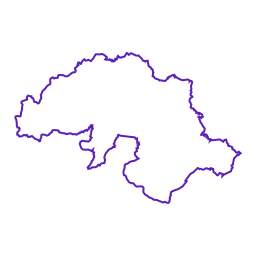 Trieu Son, Thanh Hóa, Vietnam (orthographic projection)
{"feature_id": "81297802B97142358911210", "entity_name": "Trieu Son", "entity_type": "district", "adm_level": 2, "iso_a3": "VNM", "parent_name": "Vietnam", "parent_adm1": "Thanh Hóa", "projection": "orthographic", "projection_center": [105.571, 19.802], "detail": "fine", "context": "isolated", "style": "outline", "palette": "violet", "viewbox_px": 256, "rotation_deg": 0, "n_neighbors": 0, "source": "geoboundaries", "source_scale": "gbopen_adm2", "svg_char_len": 5758}
<svg xmlns="http://www.w3.org/2000/svg" viewBox="0 0 256 256"><path d="M191.4,89.4L191.0,86.1L192.2,82.3L191.6,81.1L190.3,80.8L189.6,81.4L189.7,80.5L187.9,79.5L183.3,80.2L181.7,80.0L178.5,78.6L176.2,77.0L174.9,77.5L174.1,76.1L174.8,75.4L174.4,75.0L173.6,75.5L172.9,74.9L170.3,76.6L169.2,76.5L168.4,78.0L167.9,77.5L167.6,77.6L167.5,78.7L165.2,81.0L160.2,80.3L159.5,80.5L159.0,79.8L155.0,78.3L153.9,76.7L152.6,76.2L153.3,72.8L153.0,72.8L152.8,69.8L152.1,69.1L151.5,69.1L150.7,67.4L148.7,66.3L147.7,60.8L146.0,60.9L145.3,61.6L143.8,60.7L143.1,60.7L141.3,58.2L138.4,55.4L137.5,55.7L135.8,55.5L135.2,54.9L133.4,54.5L132.8,53.8L130.8,53.3L129.3,54.7L128.6,54.8L127.5,53.2L126.6,53.1L124.5,56.6L122.6,56.9L121.7,57.6L120.8,57.4L120.1,57.7L118.0,55.9L117.2,57.1L117.5,57.8L116.8,59.4L115.2,58.8L115.0,60.5L114.7,61.0L113.5,61.5L112.6,61.0L112.5,60.7L113.1,60.7L112.8,60.2L111.8,59.7L111.4,60.1L112.1,60.7L111.8,61.2L110.4,59.7L109.6,59.3L109.0,60.0L107.7,59.5L106.6,59.8L105.2,59.4L106.9,57.3L104.4,55.1L102.7,54.2L101.4,54.0L100.0,54.4L95.9,54.3L95.4,54.7L93.2,58.6L90.9,61.1L88.5,59.8L86.5,60.6L85.3,60.5L84.5,59.3L83.5,59.9L81.9,61.7L81.0,63.9L80.3,63.9L79.2,62.4L78.2,62.6L77.8,63.9L78.3,65.3L77.4,65.3L76.8,66.8L75.0,68.1L74.9,69.0L75.8,70.5L75.5,71.5L74.9,72.2L72.4,72.6L68.0,76.0L66.8,76.4L64.9,76.2L63.5,75.2L58.9,75.0L58.2,75.5L57.7,77.8L55.1,78.0L54.1,78.5L53.1,77.5L52.5,77.4L50.9,78.3L50.1,79.8L50.4,82.9L50.2,84.1L47.3,85.8L44.9,88.9L42.5,91.1L41.5,93.9L40.8,94.9L41.2,96.5L41.0,97.1L41.3,98.4L40.3,99.8L39.4,102.2L38.7,103.3L37.8,103.4L36.1,102.0L34.3,101.9L33.1,98.2L32.0,98.0L31.4,97.2L31.5,96.4L27.9,95.7L26.9,97.1L27.1,99.5L22.4,101.1L21.6,101.8L21.3,102.8L22.6,104.6L22.0,107.7L22.2,108.9L20.9,113.0L21.0,114.4L20.5,116.1L20.2,116.4L17.2,116.0L15.5,116.5L15.4,117.8L16.3,119.9L16.8,123.4L16.8,125.7L17.2,126.3L17.2,127.0L17.7,127.7L19.1,127.7L19.7,128.6L19.1,130.5L17.3,132.5L17.2,134.6L18.3,134.9L19.3,136.5L22.0,136.2L24.0,134.9L25.5,135.5L26.7,134.9L27.4,135.4L27.5,136.2L28.0,136.9L29.2,136.9L30.3,136.5L30.7,136.7L31.9,136.0L34.9,138.7L38.7,140.2L39.1,140.5L39.2,141.3L39.6,141.2L40.0,141.1L40.7,138.3L41.2,137.6L41.3,135.4L41.8,134.6L44.2,134.6L46.9,135.6L47.7,135.4L49.1,134.7L49.4,133.9L50.1,133.6L50.4,133.0L51.8,132.3L51.9,131.4L52.6,130.2L56.0,130.1L58.6,130.6L58.5,131.3L59.2,132.2L62.2,133.1L65.0,133.4L66.2,134.1L70.6,133.3L71.9,133.8L72.4,134.3L74.9,134.1L76.6,134.7L77.8,133.7L78.7,133.6L79.4,132.8L79.8,133.0L80.0,132.6L81.0,132.4L81.5,131.6L82.8,132.0L83.2,131.6L83.6,132.0L84.0,131.0L85.4,130.3L85.9,130.7L86.5,130.1L87.1,130.4L87.2,129.8L87.7,129.9L89.4,128.6L89.0,127.8L89.4,127.1L90.1,127.1L90.6,126.0L91.4,126.0L91.3,127.1L91.6,127.5L91.4,125.1L92.4,125.2L92.3,127.1L92.8,128.6L91.4,130.6L91.1,134.0L90.1,136.3L91.6,137.7L90.4,138.8L90.4,140.0L88.4,141.6L86.4,141.2L85.2,141.4L83.6,140.8L81.7,141.0L80.3,142.0L80.3,142.9L79.7,143.7L81.1,147.7L82.3,149.1L83.1,149.5L86.1,149.8L88.0,149.5L90.9,150.6L92.1,150.4L92.8,149.7L92.5,151.0L92.1,151.4L94.1,152.5L93.4,154.2L94.1,155.0L94.0,156.6L94.3,157.0L93.6,158.0L93.0,159.9L91.7,161.1L91.7,162.3L90.5,163.9L90.4,164.6L87.7,167.3L88.3,168.9L89.5,168.4L90.3,168.6L92.3,167.3L95.4,167.2L96.8,166.6L98.1,164.9L98.6,164.9L99.2,165.5L99.7,165.6L100.5,164.1L101.6,163.4L104.4,163.0L105.1,159.7L104.4,158.0L104.4,156.9L105.7,153.5L108.6,149.8L110.0,148.9L111.7,148.4L112.8,147.0L114.2,147.1L113.9,146.6L114.3,146.0L115.0,145.7L113.7,143.9L114.5,142.9L114.9,140.5L116.1,139.3L116.3,138.1L117.8,137.0L118.2,135.9L117.9,135.2L118.5,134.8L120.6,135.7L134.9,137.4L135.7,138.8L137.0,138.4L137.3,142.9L138.7,142.4L139.2,144.7L137.5,145.3L138.1,148.0L136.5,148.3L136.9,151.2L135.7,151.7L134.8,152.9L135.1,154.9L135.7,155.8L136.6,157.1L138.5,158.6L134.4,160.8L131.8,161.2L129.4,162.2L127.9,163.5L126.0,164.0L125.0,164.7L124.6,166.6L124.6,168.1L123.6,170.8L123.4,172.5L124.0,175.1L125.8,175.9L127.0,179.3L129.2,182.3L131.6,183.2L133.4,183.3L135.3,185.7L136.7,186.6L140.6,186.3L142.1,186.5L143.0,187.0L143.6,188.1L143.3,191.1L143.6,192.7L145.5,194.8L147.6,196.0L149.0,197.3L151.8,198.3L153.6,199.7L156.9,200.0L163.0,202.5L164.8,201.8L167.0,202.8L168.4,202.9L169.6,201.3L169.5,200.6L170.0,198.9L169.7,198.2L170.1,196.6L170.9,195.4L170.6,194.7L171.0,192.2L172.1,191.3L178.6,188.9L182.7,186.3L186.6,181.3L185.4,180.8L189.5,175.1L190.7,173.7L193.2,172.4L197.8,168.0L198.5,168.3L199.3,169.1L200.6,168.8L202.8,169.7L204.3,169.4L204.9,168.7L206.7,168.2L207.7,168.8L209.5,168.8L209.7,169.6L210.2,169.8L210.6,169.5L210.8,168.2L211.1,168.2L211.4,169.0L212.4,168.7L213.2,168.9L213.3,171.0L213.8,172.2L215.4,173.3L217.1,175.2L217.7,175.3L218.7,174.4L219.6,173.0L222.6,174.0L222.4,176.1L223.6,174.8L231.0,171.2L231.8,168.5L232.7,167.7L231.5,165.5L232.8,164.7L234.0,158.5L237.5,154.8L238.1,155.2L240.6,153.2L238.7,151.7L237.8,152.5L236.3,152.6L234.0,149.9L232.4,149.2L232.4,147.4L230.6,146.4L228.2,145.7L228.3,144.2L227.7,143.9L226.6,141.8L226.5,140.6L226.0,139.6L224.4,140.0L223.3,141.7L219.8,139.4L213.3,140.2L211.9,140.2L211.4,139.8L210.2,140.8L210.6,139.5L210.4,139.1L208.4,139.3L208.0,137.5L206.5,137.5L206.4,136.6L207.3,136.0L206.4,134.6L204.6,134.2L204.6,135.6L204.3,135.9L203.6,134.8L201.2,134.8L201.6,133.8L203.1,132.1L204.1,131.7L204.8,128.5L202.9,126.2L201.9,124.0L200.8,122.8L200.1,121.3L199.9,120.0L199.4,119.4L199.7,118.1L198.6,117.2L199.7,116.9L201.3,117.8L201.7,117.0L202.7,117.1L202.8,116.7L202.4,116.3L202.3,114.9L202.0,114.5L199.9,113.2L199.3,114.4L198.5,114.5L198.3,112.9L196.3,112.9L196.5,111.8L195.6,111.4L195.2,110.3L194.1,110.2L193.5,108.5L191.5,108.2L190.6,107.3L191.3,104.9L190.3,102.4L189.6,101.6L189.5,100.5L189.8,99.2L190.5,98.0L192.4,96.9L192.2,96.4L190.6,95.1L190.5,94.6L190.6,93.8L191.5,92.3L191.3,91.3L190.6,90.6L191.4,89.4Z" fill="none" stroke="#5b21b6" stroke-width="2"/></svg>